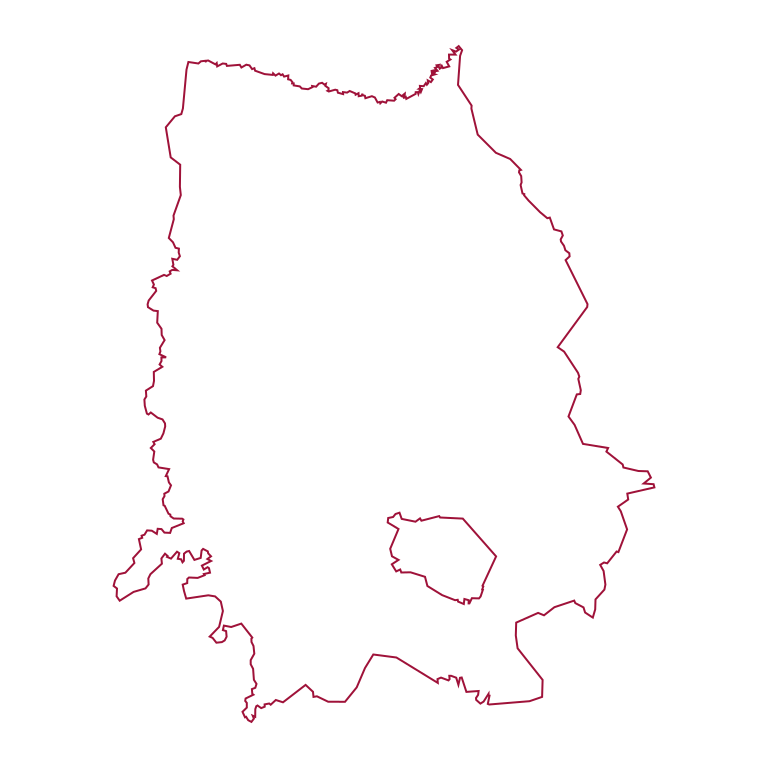 the district of Cesvaines pag., Cesvaines, Latvia
{"feature_id": "27541924B84614371300280", "entity_name": "Cesvaines pag.", "entity_type": "district", "adm_level": 2, "iso_a3": "LVA", "parent_name": "Latvia", "parent_adm1": "Cesvaines", "projection": "albers", "projection_center": [26.258, 57.009], "detail": "fine", "context": "isolated", "style": "outline", "palette": "rose", "viewbox_px": 768, "rotation_deg": 0, "n_neighbors": 0, "source": "geoboundaries", "source_scale": "gbopen_adm2", "svg_char_len": 5987}
<svg xmlns="http://www.w3.org/2000/svg" viewBox="0 0 768 768"><path d="M569.3,253.2L565.4,250.3L564.0,245.8L561.0,241.5L560.7,239.4L562.8,235.5L561.4,231.4L554.0,229.4L549.8,217.6L547.3,218.2L540.1,212.2L528.6,200.6L524.1,195.3L524.3,194.1L522.5,193.5L520.6,185.0L521.6,182.4L521.2,176.1L519.0,172.3L519.3,170.4L520.9,169.9L510.2,159.0L495.9,152.8L477.7,134.6L471.4,108.6L471.6,105.6L458.0,84.9L460.1,55.8L462.1,50.2L458.7,46.1L456.4,47.9L458.9,49.6L456.0,51.6L452.1,50.1L455.5,54.6L449.0,54.6L449.1,58.6L450.4,59.5L446.7,61.8L449.2,66.4L443.0,68.1L441.2,64.7L441.3,67.7L439.7,68.7L438.4,65.8L439.0,64.9L436.6,65.3L437.5,66.9L435.0,67.9L437.5,70.8L435.4,71.2L434.4,73.2L432.6,72.0L433.9,70.4L431.6,70.9L432.0,73.6L434.8,74.4L431.1,75.5L430.3,77.6L432.8,79.5L430.9,82.1L427.8,80.4L428.2,83.1L426.9,84.7L425.9,83.0L423.7,86.2L419.9,85.9L420.1,88.0L419.0,88.8L422.0,89.1L420.8,92.1L419.8,90.2L418.4,94.0L417.8,92.1L415.7,92.2L415.6,93.9L406.3,98.9L405.8,96.9L403.9,97.8L402.9,96.3L404.7,95.2L404.8,93.6L401.7,96.2L398.7,94.0L394.5,97.8L395.6,99.2L394.1,100.7L387.2,100.2L386.0,102.7L382.2,101.5L380.3,103.3L379.9,101.9L377.6,102.5L374.9,97.5L371.9,96.2L365.4,98.2L364.9,95.8L362.6,95.1L362.4,93.7L361.7,95.7L358.7,96.2L358.5,93.2L355.6,94.7L355.3,93.4L349.7,91.0L347.1,92.6L343.0,92.1L343.1,94.1L337.9,92.7L337.3,90.2L335.2,89.7L328.8,91.5L327.5,90.8L328.5,90.2L328.6,88.2L325.4,85.9L325.9,83.8L324.4,84.6L322.1,82.8L318.9,83.6L316.1,86.7L312.2,86.0L312.5,87.1L308.1,89.2L301.8,88.5L299.8,86.4L293.7,85.4L293.7,83.4L292.1,83.4L292.4,82.1L290.6,79.9L288.1,79.3L288.3,75.5L284.1,76.6L282.6,74.3L281.0,75.2L279.0,73.5L275.5,75.6L273.1,73.3L272.8,74.9L264.6,74.1L255.1,70.7L254.4,68.2L252.1,69.1L249.5,65.4L246.3,64.7L241.4,67.5L239.8,64.8L226.9,65.9L226.2,63.9L222.7,63.5L217.2,66.4L216.7,63.1L215.5,64.4L208.2,60.5L205.9,60.8L205.9,62.2L205.3,60.8L200.9,61.3L198.4,63.5L188.4,62.0L186.5,69.6L182.9,108.5L181.3,114.1L174.9,116.3L165.8,127.3L170.7,157.4L180.2,164.7L179.9,186.9L180.8,195.1L173.5,215.6L173.8,219.2L168.8,238.0L173.0,242.3L175.5,247.8L178.9,248.6L178.7,252.6L179.9,256.2L177.2,259.8L172.3,258.8L173.4,264.8L172.4,266.3L177.2,270.3L172.3,269.9L169.7,271.4L170.6,273.7L166.7,276.0L164.0,274.9L152.0,280.5L153.9,284.5L152.7,287.3L155.6,288.2L156.2,290.9L148.7,300.5L147.6,304.3L148.0,307.2L153.5,310.6L157.8,311.1L157.2,322.7L161.5,328.8L161.7,335.0L164.6,340.1L159.9,347.8L160.4,351.4L159.4,354.2L166.1,357.3L161.4,357.5L161.5,361.0L159.6,364.5L162.3,366.8L153.8,371.9L154.0,380.9L153.0,386.1L145.9,390.6L146.3,396.5L144.4,399.5L144.8,405.8L146.9,413.6L148.5,414.5L150.8,412.5L157.6,417.7L162.5,419.4L165.0,423.4L165.2,426.4L163.4,433.4L160.8,438.7L153.3,441.9L154.6,444.2L150.8,448.0L154.3,451.5L153.1,459.8L153.8,462.4L157.1,464.4L158.5,467.4L169.1,469.1L165.8,476.1L167.5,476.3L168.9,482.4L171.0,485.3L168.5,491.5L164.3,493.7L164.5,496.1L162.7,499.2L163.5,505.3L164.7,505.8L168.5,513.7L170.3,514.6L170.5,516.3L173.7,518.5L182.2,518.7L183.4,519.5L182.7,521.4L183.7,523.2L171.8,528.0L170.1,532.9L164.4,532.6L161.5,529.1L157.7,528.8L156.8,533.9L151.8,530.7L147.1,530.4L144.5,534.7L141.6,535.7L142.2,537.8L138.9,539.1L141.1,549.4L133.1,558.2L134.4,563.0L125.4,572.7L118.6,574.2L115.0,580.5L113.6,585.9L117.0,588.5L116.6,596.3L119.7,600.7L133.6,591.9L145.5,588.4L148.6,584.5L148.3,578.5L150.4,574.2L161.9,563.7L161.4,558.5L165.0,553.7L167.6,556.0L167.0,556.9L171.0,558.6L177.0,551.7L179.3,553.2L177.8,558.8L181.1,559.3L182.5,562.3L183.9,560.8L184.0,553.7L186.6,551.6L189.1,551.0L194.4,559.9L200.7,557.9L201.6,550.5L203.1,548.9L207.8,551.4L208.2,553.4L211.0,556.3L207.4,559.0L211.1,561.0L201.9,565.6L203.8,569.5L207.6,567.2L209.0,568.2L210.0,572.7L203.9,574.0L204.6,575.2L197.7,577.9L189.0,577.5L187.3,579.0L187.2,583.1L182.7,584.6L184.0,590.9L186.2,598.6L208.3,595.3L215.1,596.4L220.8,601.6L222.9,611.0L219.1,626.9L209.7,636.6L212.6,637.9L216.4,642.7L221.9,642.1L224.7,640.4L226.6,636.7L226.1,631.1L222.9,630.1L223.9,625.6L231.2,627.0L241.3,623.6L252.3,637.6L251.4,638.7L251.5,642.0L253.5,646.0L254.3,653.7L250.7,660.1L250.7,664.3L253.1,668.8L253.9,679.8L256.5,683.9L255.3,687.8L251.9,689.1L252.3,693.8L253.4,694.7L245.6,698.5L245.2,700.9L246.8,702.9L246.8,707.6L242.5,711.8L245.0,717.3L246.1,716.8L248.2,720.2L251.4,721.9L253.9,718.6L252.7,715.7L255.2,716.8L255.3,709.1L256.3,706.2L257.5,705.5L261.2,708.1L264.7,706.7L264.6,704.4L269.2,703.5L270.7,704.7L275.8,700.0L283.0,702.3L305.6,684.9L313.0,691.8L313.5,696.9L316.9,696.3L328.1,701.7L345.0,701.8L356.7,687.4L365.0,668.0L373.3,654.5L396.4,657.5L437.8,682.9L437.5,679.1L441.0,677.6L448.5,680.4L449.6,679.1L449.3,675.8L451.1,675.8L456.2,677.7L458.4,684.8L460.0,677.8L461.7,677.5L466.4,691.9L478.6,691.0L478.1,694.9L476.0,698.0L476.2,699.9L480.4,703.6L483.6,701.6L488.5,693.9L488.5,695.6L489.5,695.7L487.8,703.9L489.2,704.5L529.5,701.2L542.1,696.9L542.6,679.9L517.6,648.3L515.8,635.5L516.2,622.6L538.1,612.9L544.0,615.3L554.4,607.2L574.2,600.6L575.3,603.1L583.5,607.4L585.1,612.5L592.8,617.6L595.2,609.4L595.5,599.4L604.4,589.6L605.4,584.6L603.6,571.0L600.2,564.9L604.0,562.5L607.2,563.3L616.6,551.5L618.4,552.1L627.1,529.4L620.8,511.3L617.9,506.7L628.2,499.5L627.3,493.6L654.4,487.4L653.6,484.2L643.7,483.5L650.9,477.6L647.7,471.3L638.4,471.0L623.4,467.5L622.7,464.5L606.4,451.6L608.1,448.0L583.0,443.9L574.6,424.9L568.5,416.5L576.8,394.4L580.2,394.0L580.8,390.2L578.3,378.9L579.3,376.6L578.0,372.8L564.1,351.6L557.7,347.2L587.2,307.0L587.5,304.1L565.6,260.1L569.6,256.4L569.3,253.2ZM420.0,518.4L421.4,520.7L439.2,516.1L440.1,517.5L462.8,518.6L496.1,556.4L482.5,585.8L483.3,586.4L482.2,589.5L482.9,589.7L480.6,596.5L479.0,598.4L471.9,598.2L469.4,603.4L468.6,603.4L468.7,600.2L464.4,599.0L463.8,604.0L458.1,601.6L457.7,599.8L455.1,600.2L442.1,595.1L427.4,586.0L425.0,576.8L410.5,572.3L401.3,572.5L400.2,569.5L396.2,571.4L391.8,564.3L398.5,559.9L392.0,556.3L390.2,548.8L398.5,529.0L387.7,522.5L388.2,518.0L393.1,517.0L395.5,514.0L399.5,512.7L401.7,518.9L415.5,521.7L420.0,518.4Z" fill="none" stroke="#9f1239" stroke-width="2"/></svg>